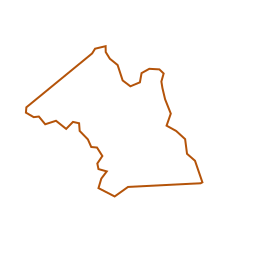 Powhatan, Virginia, United States of America, rotated 39°
{"feature_id": "52423323B68084475698233", "entity_name": "Powhatan", "entity_type": "district", "adm_level": 2, "iso_a3": "USA", "parent_name": "United States of America", "parent_adm1": "Virginia", "projection": "natural_earth1", "projection_center": [-77.916, 37.554], "detail": "fine", "context": "isolated", "style": "outline", "palette": "amber", "viewbox_px": 256, "rotation_deg": 39, "n_neighbors": 0, "source": "geoboundaries", "source_scale": "gbopen_adm2", "svg_char_len": 707}
<svg xmlns="http://www.w3.org/2000/svg" viewBox="0 0 256 256"><g transform="rotate(39 128 128)"><path d="M220.0,123.4L200.7,111.3L190.1,110.9L179.4,100.7L167.3,100.0L156.5,101.9L152.2,89.9L138.7,82.3L129.5,75.2L124.7,70.9L121.4,63.2L115.5,62.7L107.3,68.6L104.0,76.8L108.5,85.0L103.6,94.1L93.9,94.4L80.3,85.6L70.3,85.6L62.9,83.0L59.1,78.5L52.5,87.1L53.2,92.6L36.0,175.9L39.0,180.3L47.9,178.9L51.5,175.2L61.3,177.2L67.5,167.7L80.5,167.6L81.4,157.9L87.0,155.1L92.3,160.7L104.0,162.1L111.4,165.9L116.2,162.7L125.7,165.9L126.5,174.9L130.9,178.5L138.8,175.1L139.1,184.1L142.9,193.3L160.7,189.6L165.1,173.8L178.7,161.6L212.0,131.7L219.2,125.3L220.0,123.4Z" fill="none" stroke="#b45309" stroke-width="2"/></g></svg>